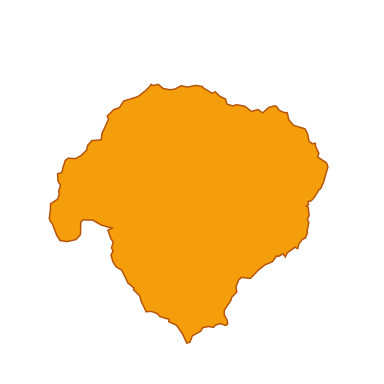 Villalba, Puerto Rico, rotated 40°
{"feature_id": "32010507B77779311465946", "entity_name": "Villalba", "entity_type": "district", "adm_level": 2, "iso_a3": "PRI", "parent_name": "Puerto Rico", "parent_adm1": "", "projection": "natural_earth1", "projection_center": [-66.472, 18.13], "detail": "fine", "context": "isolated", "style": "filled", "palette": "amber", "viewbox_px": 384, "rotation_deg": 40, "n_neighbors": 0, "source": "geoboundaries", "source_scale": "gbopen_adm2", "svg_char_len": 1994}
<svg xmlns="http://www.w3.org/2000/svg" viewBox="0 0 384 384"><g transform="rotate(40 192 192)"><path d="M255.1,75.4L253.0,77.9L248.7,77.7L243.1,73.1L237.9,71.0L226.9,75.7L219.6,74.4L214.0,70.0L211.4,72.0L206.0,73.4L202.3,72.2L200.2,72.5L196.4,77.9L195.3,86.0L189.6,86.4L185.8,92.0L177.3,92.4L170.0,96.5L168.0,99.9L162.2,102.2L160.3,100.8L157.8,99.2L151.9,100.8L145.4,100.3L143.9,103.4L134.2,105.0L132.1,104.5L126.0,108.3L121.2,114.5L115.5,117.5L112.7,124.2L109.6,127.7L103.6,131.2L96.9,131.3L93.8,135.4L91.4,135.9L91.8,137.0L91.3,144.1L89.2,153.8L81.2,166.3L82.2,174.1L79.1,179.1L78.5,186.1L78.2,188.3L81.3,190.0L85.6,205.5L89.0,210.4L82.2,217.0L82.1,223.4L84.3,227.4L83.6,235.4L83.3,236.4L82.6,237.6L81.3,241.3L75.4,245.7L74.6,249.2L77.2,255.7L79.8,260.8L77.3,264.4L82.2,269.7L87.0,271.5L89.4,277.2L91.5,278.8L93.7,283.5L91.3,292.0L95.3,297.1L99.5,303.8L101.7,305.3L105.5,306.1L116.0,312.0L122.2,314.0L128.1,310.3L133.3,303.6L133.9,301.4L133.9,296.3L126.2,286.5L126.3,283.5L134.1,277.3L143.9,275.7L154.1,271.0L152.1,275.3L160.0,280.0L163.8,280.9L166.2,286.4L169.6,288.2L170.5,292.4L176.3,296.3L182.4,298.2L188.2,297.0L198.4,301.4L201.2,302.9L209.2,302.9L209.8,304.4L218.8,305.2L223.0,308.2L233.8,313.2L237.6,309.6L243.6,307.4L247.3,308.1L256.3,304.3L257.5,306.3L265.7,304.0L276.2,306.9L285.2,311.2L286.9,308.3L284.7,301.9L288.1,293.2L287.5,289.0L291.0,284.5L295.5,281.8L295.5,279.0L298.5,274.4L303.7,272.6L304.1,270.0L301.2,267.6L295.4,265.2L292.7,261.7L291.5,250.2L290.1,247.0L290.6,239.9L286.6,236.2L284.3,229.5L284.8,225.6L292.3,220.6L293.0,209.1L294.8,200.7L298.4,193.7L297.9,186.5L299.7,185.7L301.4,180.9L305.2,181.7L304.1,177.4L306.4,168.1L309.4,167.5L307.4,163.3L306.9,157.6L308.4,154.4L306.8,149.2L305.3,148.0L301.1,140.2L297.9,138.8L296.9,134.8L290.7,128.9L288.6,129.3L289.3,126.6L287.0,124.7L289.0,122.0L289.1,117.5L287.8,108.4L288.4,106.9L286.6,100.3L280.0,85.4L276.2,83.2L265.8,84.4L264.3,80.8L257.6,77.8L255.1,75.4Z" fill="#f59e0b" stroke="#b45309" stroke-width="1.5"/></g></svg>